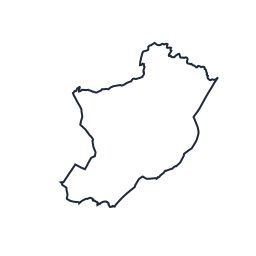 the district of Bac Binh, Bình Thuận, Vietnam, rotated 31°
{"feature_id": "81297802B84889732636102", "entity_name": "Bac Binh", "entity_type": "district", "adm_level": 2, "iso_a3": "VNM", "parent_name": "Vietnam", "parent_adm1": "Bình Thuận", "projection": "equal_earth", "projection_center": [108.379, 11.264], "detail": "fine", "context": "isolated", "style": "outline", "palette": "slate", "viewbox_px": 256, "rotation_deg": 31, "n_neighbors": 0, "source": "geoboundaries", "source_scale": "gbopen_adm2", "svg_char_len": 5763}
<svg xmlns="http://www.w3.org/2000/svg" viewBox="0 0 256 256"><g transform="rotate(31 128 128)"><path d="M178.9,38.4L178.7,39.6L178.5,40.2L178.1,41.3L177.8,41.7L177.6,41.9L176.4,42.6L175.0,43.0L174.7,43.3L174.2,44.5L173.6,44.8L171.5,44.5L171.0,44.3L170.3,43.9L169.9,43.4L169.8,43.1L169.7,42.2L168.4,42.0L168.0,41.8L167.8,41.4L167.8,40.7L167.6,40.4L166.9,40.1L164.6,37.9L164.1,37.8L163.9,37.9L163.3,37.9L162.7,37.0L162.3,36.6L161.9,36.5L161.6,36.6L160.3,37.1L159.6,38.0L159.4,38.2L158.3,38.1L157.5,38.2L156.4,38.5L156.2,38.6L156.1,38.9L155.9,40.4L155.8,40.6L155.5,40.8L154.8,40.8L152.6,40.4L152.2,40.4L151.5,40.8L150.8,40.8L150.3,40.7L149.4,40.3L148.8,41.0L148.6,41.2L147.6,41.2L146.4,41.7L145.9,41.9L145.2,41.7L144.6,41.2L144.2,40.6L144.1,40.2L144.0,39.0L143.9,38.7L143.2,38.0L142.5,37.5L141.7,37.5L141.0,37.8L140.7,38.0L140.3,38.8L139.9,39.2L139.6,39.3L138.8,39.3L138.0,39.8L137.1,40.5L136.8,40.5L136.5,40.5L136.1,40.3L134.7,38.9L134.3,38.5L133.9,38.2L133.5,38.1L133.2,38.4L132.8,39.0L131.7,41.2L131.3,43.3L131.1,43.6L130.5,43.8L128.9,44.8L128.3,44.6L127.5,44.1L127.3,44.1L126.7,44.7L126.0,45.1L125.9,45.1L125.6,44.8L125.3,43.8L125.2,43.3L125.4,41.9L125.4,39.5L124.6,39.5L124.3,39.3L124.0,38.7L123.6,37.1L123.4,37.1L122.7,37.3L120.8,38.8L120.5,39.0L120.1,39.0L119.8,38.9L119.7,38.7L119.2,37.6L119.0,37.1L118.8,35.9L118.6,35.8L118.1,35.8L117.5,36.1L116.7,36.8L116.0,37.8L115.6,37.9L114.8,37.9L114.1,38.2L113.8,38.5L113.5,39.0L113.2,39.8L112.8,40.5L112.6,40.7L112.4,40.7L111.2,41.4L110.7,41.6L110.3,41.7L106.9,41.4L106.1,43.1L105.6,44.0L105.2,45.1L104.2,46.1L103.7,47.1L103.6,47.5L103.6,48.0L104.8,49.9L104.9,50.2L105.0,50.7L104.7,51.2L104.4,51.7L101.8,54.4L101.6,55.0L101.6,55.7L103.0,60.7L103.9,63.2L104.2,64.6L104.9,65.8L105.9,68.0L106.6,67.5L106.7,67.3L107.2,66.6L107.3,66.0L107.4,65.5L107.9,65.5L108.4,64.9L108.6,64.9L108.9,65.5L109.1,65.7L109.8,66.7L110.7,67.1L110.9,67.4L111.0,68.5L111.2,69.1L111.5,70.2L112.1,71.7L112.3,71.9L112.6,71.7L112.9,71.8L113.1,72.7L113.5,72.9L113.9,73.4L114.0,74.7L113.8,76.1L114.0,76.7L112.4,78.9L109.6,81.9L108.7,82.3L107.7,82.6L107.4,82.8L107.0,83.2L106.8,83.6L106.7,84.2L106.6,86.5L105.2,88.0L104.5,89.0L103.6,90.3L102.4,92.8L100.9,94.7L100.6,95.0L99.6,95.1L99.2,95.2L95.8,98.1L93.9,99.8L93.5,100.4L92.0,102.5L91.6,104.4L91.3,104.9L91.1,105.0L89.4,105.6L87.8,106.9L86.9,107.5L85.8,108.0L85.7,108.9L85.4,110.1L84.6,110.9L83.0,113.6L82.3,114.0L81.7,114.3L79.8,114.6L79.2,115.1L78.1,115.1L76.5,115.3L75.3,115.7L74.7,115.7L74.3,115.7L73.2,116.6L71.7,117.5L71.1,117.8L70.5,118.0L70.0,118.5L68.8,119.0L68.7,119.1L68.5,120.2L68.3,120.7L67.1,122.0L66.6,121.5L66.4,120.9L65.9,118.4L65.7,117.9L65.4,117.8L65.2,118.0L64.6,119.1L64.4,119.7L64.2,120.8L64.2,121.7L64.4,123.2L64.3,123.4L63.4,123.8L63.2,124.0L63.0,124.6L63.2,125.4L63.2,125.8L62.8,126.4L64.5,127.8L66.2,128.7L71.2,131.8L75.5,134.1L78.3,135.9L78.9,136.6L79.5,137.6L80.2,138.4L82.5,141.2L83.1,142.0L84.4,147.1L84.5,147.4L84.8,147.8L84.9,148.2L85.1,148.6L85.1,149.1L85.4,149.8L85.6,149.9L87.2,150.1L91.2,151.0L92.1,151.1L98.5,153.8L99.4,154.1L101.1,154.4L102.0,154.9L102.7,155.2L103.2,155.4L104.1,156.1L104.2,156.5L104.1,157.0L104.2,157.4L107.9,161.8L110.0,163.5L112.1,165.0L112.8,165.7L114.0,168.9L114.1,169.1L114.0,169.3L113.3,170.5L112.2,171.8L111.9,172.4L111.8,172.7L112.0,179.4L112.2,180.6L112.3,184.4L112.3,185.6L110.2,185.8L108.2,186.1L106.9,186.1L105.4,186.2L101.6,186.4L101.3,193.7L101.1,196.2L101.0,198.8L100.6,207.7L100.5,207.9L99.5,208.3L98.5,209.1L99.1,209.2L99.9,209.6L100.8,210.5L101.2,210.7L102.4,210.7L105.8,210.9L106.1,211.0L106.3,211.3L106.9,212.4L107.4,213.0L110.1,215.8L110.5,216.4L111.0,217.6L111.5,219.2L112.1,220.2L114.9,220.2L116.0,220.1L117.1,219.9L118.6,219.4L121.4,218.3L122.7,217.6L124.6,216.8L125.0,217.5L125.6,215.5L126.1,214.2L126.7,213.0L127.2,212.2L128.4,210.5L129.3,209.7L129.8,209.6L130.8,208.0L131.5,207.4L131.8,207.2L133.0,206.9L133.7,206.9L133.9,207.0L134.5,207.0L134.8,207.2L134.8,207.4L134.8,207.6L135.2,207.7L135.3,208.2L135.7,208.2L136.1,207.7L136.3,207.6L136.4,207.8L137.0,207.6L137.4,207.7L137.6,207.5L138.4,207.6L139.9,207.4L140.4,207.5L140.8,207.7L141.0,207.9L141.0,208.5L141.1,208.8L140.9,209.2L141.0,209.3L141.0,209.2L141.1,209.4L141.3,209.4L141.3,209.6L141.5,209.7L142.0,209.0L142.3,208.3L142.7,207.8L142.7,207.6L143.0,207.5L143.1,206.8L143.5,205.8L144.5,204.4L144.9,203.9L145.7,203.2L146.4,202.7L146.9,202.4L147.5,202.2L147.8,202.4L148.3,202.2L149.6,202.3L149.9,202.4L150.4,202.9L150.5,203.1L150.4,203.4L150.8,203.7L151.7,204.0L152.8,204.9L153.0,205.0L153.4,204.8L153.6,204.5L154.2,204.1L154.3,204.1L154.6,203.8L154.8,203.5L154.9,203.4L154.9,203.2L155.2,203.3L155.3,203.3L155.4,203.2L155.4,202.9L155.5,202.7L155.9,202.6L156.0,202.4L156.4,202.3L156.5,202.1L157.0,202.3L157.1,202.2L157.1,201.9L156.9,201.6L157.0,200.3L157.5,197.6L158.5,192.6L159.6,188.3L160.6,185.0L162.1,180.7L164.2,175.0L163.8,174.1L163.7,173.7L163.6,166.8L163.7,166.0L164.7,163.6L165.3,162.3L165.6,162.0L169.0,162.1L170.5,161.8L173.4,159.8L177.4,156.8L178.0,156.7L178.5,156.9L178.9,156.2L178.8,155.0L178.9,154.8L179.3,154.8L179.6,154.7L179.8,154.4L180.1,153.4L180.1,151.9L180.6,151.1L180.9,149.9L181.6,148.5L181.7,147.8L181.8,146.9L181.8,146.6L181.7,146.3L182.0,145.3L182.1,145.2L182.7,145.1L182.8,145.0L183.5,144.0L185.6,141.4L186.7,140.3L186.9,140.0L187.5,137.6L187.6,137.3L188.3,136.6L188.4,136.2L189.0,136.0L189.1,135.7L189.8,133.1L190.3,131.9L190.5,129.9L190.3,126.7L190.2,123.5L189.4,121.2L191.6,115.7L193.1,112.7L193.1,112.4L193.2,104.9L193.1,103.9L193.0,103.0L192.8,102.1L192.0,98.8L191.4,96.9L190.8,95.5L189.8,94.1L187.4,91.5L186.5,90.7L182.8,88.0L180.3,86.0L178.8,85.1L178.6,84.8L178.7,82.1L179.2,77.5L179.3,74.6L178.8,62.6L178.7,56.0L178.8,52.1L178.7,45.1L179.0,39.5L179.0,38.7L178.9,38.4Z" fill="none" stroke="#1e293b" stroke-width="2"/></g></svg>